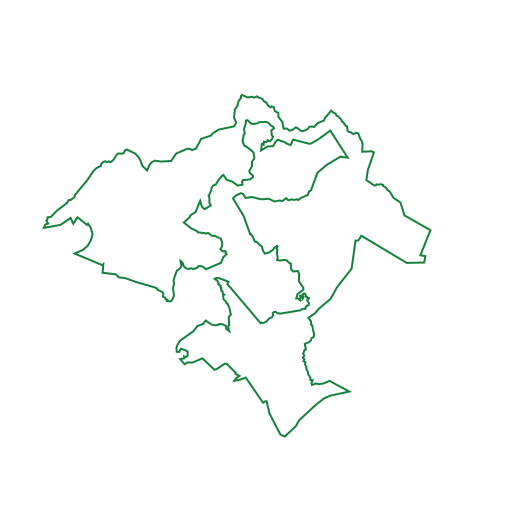 Xalpatláhuac, Guerrero, Mexico, rotated 235°
{"feature_id": "50627088B26783383987854", "entity_name": "Xalpatláhuac", "entity_type": "district", "adm_level": 2, "iso_a3": "MEX", "parent_name": "Mexico", "parent_adm1": "Guerrero", "projection": "albers", "projection_center": [-98.537, 17.429], "detail": "fine", "context": "isolated", "style": "outline", "palette": "green", "viewbox_px": 512, "rotation_deg": 235, "n_neighbors": 0, "source": "geoboundaries", "source_scale": "gbopen_adm2", "svg_char_len": 6158}
<svg xmlns="http://www.w3.org/2000/svg" viewBox="0 0 512 512"><g transform="rotate(235 256 256)"><path d="M313.3,403.9L314.7,404.4L316.8,403.5L318.4,404.1L322.9,403.5L324.6,402.5L327.0,402.8L329.3,401.5L331.9,401.1L329.5,391.6L328.0,389.4L329.5,382.6L328.3,377.7L330.5,375.5L331.2,373.4L330.3,371.2L331.2,366.2L332.6,364.7L337.6,363.1L338.5,362.2L338.4,357.9L339.4,355.4L342.8,354.4L344.4,351.6L350.6,354.5L356.9,354.1L360.5,356.3L364.0,354.5L367.8,355.9L369.6,354.6L369.4,353.3L372.1,352.2L375.5,352.4L378.1,351.3L381.0,351.4L384.8,348.7L386.1,348.5L386.8,345.4L389.0,343.8L390.5,340.2L395.9,336.9L395.6,335.2L394.1,334.5L393.1,330.9L389.5,326.7L388.1,322.7L382.1,317.5L376.7,316.3L375.0,313.1L375.1,311.7L381.0,297.7L381.3,290.9L380.5,288.2L383.4,278.2L378.4,268.5L379.4,264.4L381.3,263.5L383.3,261.2L385.7,249.4L382.5,240.9L387.9,232.3L392.1,227.8L392.6,224.5L391.7,221.1L388.5,215.9L394.8,214.6L401.0,216.2L405.0,216.4L409.4,215.7L417.3,211.3L417.6,209.2L416.2,206.5L417.1,204.2L418.8,202.3L419.0,200.4L416.5,194.3L416.3,190.7L417.9,189.7L418.4,187.5L420.1,186.9L420.6,184.7L420.3,182.2L418.8,180.7L419.5,175.5L418.9,171.7L414.7,160.7L409.8,142.6L408.5,141.6L408.1,136.8L409.2,134.6L407.8,131.3L407.4,119.4L405.7,110.7L407.2,107.3L405.9,106.5L405.2,104.6L401.8,104.3L402.6,101.7L400.7,98.3L393.6,113.7L393.5,125.9L387.2,124.8L390.1,132.0L378.4,135.4L378.8,136.9L374.5,136.9L367.6,134.7L363.6,129.8L360.9,123.9L360.3,117.5L362.1,108.8L336.6,124.9L336.8,126.2L330.2,120.7L321.4,130.7L317.1,131.4L313.1,136.0L302.5,143.6L288.3,155.1L286.0,156.3L284.9,155.9L279.9,158.8L278.0,158.3L276.0,156.4L273.9,157.7L272.3,157.1L271.1,158.3L270.2,157.1L267.8,159.9L268.2,162.1L270.6,166.1L277.6,169.7L280.3,173.2L282.4,173.8L285.4,177.0L289.3,182.6L289.4,186.7L290.5,188.8L291.4,189.8L292.7,189.9L295.3,191.4L292.7,192.0L288.9,191.0L285.6,191.8L283.9,193.5L283.4,195.5L281.1,197.4L280.0,201.5L280.7,202.7L280.2,204.2L277.6,206.4L273.9,207.4L270.5,223.3L273.8,228.6L274.4,233.0L275.7,232.7L276.7,233.8L277.7,233.6L279.0,231.3L282.1,230.7L283.2,233.5L285.6,235.6L290.1,237.2L295.9,233.9L298.0,231.3L302.2,230.1L303.3,227.5L304.6,226.9L305.2,225.3L306.5,224.6L308.4,222.2L309.9,222.0L316.3,218.6L324.8,216.1L325.8,223.7L326.9,225.7L326.7,231.8L333.2,241.9L327.6,240.0L324.0,240.6L323.2,247.9L326.7,248.5L329.9,251.0L332.4,251.6L335.5,257.2L337.1,258.3L338.3,261.1L337.7,264.2L339.5,268.3L341.2,274.6L341.0,275.8L335.2,275.7L330.6,279.2L324.0,281.6L322.2,285.9L325.0,287.4L325.7,288.6L322.2,295.0L322.3,298.8L323.6,299.7L327.1,298.5L329.4,299.2L331.9,304.2L335.3,306.6L337.2,310.9L342.3,313.3L348.0,312.0L353.7,309.7L358.1,311.0L362.3,315.5L362.8,317.0L367.0,319.1L370.8,324.0L372.7,325.4L372.0,327.1L367.6,327.7L366.1,329.0L363.7,333.6L363.9,335.1L360.1,341.1L358.0,342.6L355.0,342.8L351.5,344.4L350.2,343.9L350.2,340.7L346.1,338.3L344.0,338.4L342.6,336.1L341.9,333.3L344.2,331.9L343.3,331.1L343.4,329.8L345.1,328.3L342.8,326.1L344.4,325.8L344.5,325.0L339.5,320.7L339.1,328.3L336.2,333.0L338.4,337.5L338.7,340.5L332.6,344.9L330.7,345.5L327.0,347.9L330.0,353.2L317.2,364.2L316.6,365.6L315.8,373.7L316.1,388.8L283.9,387.5L288.9,382.3L290.1,366.2L288.9,354.0L278.3,338.8L278.4,336.4L276.3,333.4L277.8,325.8L277.6,322.7L279.1,321.8L280.1,319.4L281.9,317.8L283.1,314.4L286.0,314.0L285.9,309.3L288.1,306.9L290.0,302.4L295.6,299.3L299.4,292.8L306.6,286.6L309.5,280.8L314.2,281.0L316.2,279.6L317.0,274.7L316.4,270.2L295.7,268.8L277.1,263.7L277.0,264.4L274.1,264.4L268.4,263.3L267.1,264.7L262.8,265.3L260.8,266.3L256.5,264.8L252.9,264.6L251.5,268.1L251.3,273.5L252.1,275.4L252.2,279.0L251.3,279.0L250.6,277.3L249.1,277.1L246.1,274.6L241.9,272.7L240.6,271.0L238.7,272.7L236.5,277.0L234.8,278.7L231.9,279.1L229.8,280.2L225.3,277.2L222.0,277.5L219.7,281.7L216.0,280.8L210.7,276.6L203.0,276.6L201.2,275.4L201.0,268.1L198.1,264.7L197.6,265.7L193.2,267.1L195.9,267.1L196.5,269.9L198.9,268.8L196.8,270.6L194.3,269.8L195.0,271.0L197.5,271.9L197.8,273.6L197.3,274.4L195.5,274.4L194.5,273.4L193.0,274.3L191.8,274.1L191.3,276.0L190.5,272.6L186.8,272.2L185.5,270.9L186.0,268.8L185.5,267.1L184.3,266.2L186.0,263.8L186.0,261.4L194.8,243.0L196.9,240.7L198.7,240.3L199.9,238.5L199.6,236.9L197.6,235.9L196.7,234.1L197.3,230.9L196.4,227.2L197.0,223.4L198.4,222.2L198.4,221.2L249.5,216.5L250.7,218.7L259.1,213.0L260.8,210.5L261.0,209.0L258.0,210.1L255.2,209.9L254.5,208.9L251.7,210.0L251.1,209.1L249.7,209.3L249.2,208.4L247.0,207.6L246.3,208.2L244.0,207.3L242.5,207.8L242.5,206.4L239.5,204.7L235.1,205.2L234.3,204.7L233.5,205.3L229.7,204.7L222.4,201.8L221.6,198.6L214.9,194.5L214.4,193.0L213.1,192.1L209.8,191.0L213.3,189.8L216.0,191.2L218.9,189.7L221.1,187.3L221.5,184.7L223.2,182.2L225.8,180.0L232.0,177.8L230.7,173.6L232.3,167.9L230.3,161.7L230.2,144.9L228.0,140.3L226.3,138.1L223.0,136.1L221.5,138.0L223.1,141.4L217.4,145.2L216.5,145.1L213.3,142.4L213.7,140.2L214.9,139.5L213.3,138.6L215.0,134.8L208.2,135.4L208.2,138.6L205.1,143.0L202.9,153.4L186.6,156.7L185.9,159.3L185.7,168.7L184.5,170.2L172.0,172.3L171.2,171.6L167.2,173.7L167.3,169.4L166.2,166.7L164.1,171.2L162.3,177.9L131.8,177.6L131.6,180.5L130.9,181.4L119.2,176.7L95.7,173.6L91.6,176.0L93.8,191.1L96.7,197.1L99.9,220.5L100.3,230.4L98.9,237.1L91.4,254.7L111.5,244.6L112.9,238.0L115.3,233.5L117.2,232.1L118.2,227.9L119.9,228.4L121.8,231.1L123.1,229.5L125.1,230.8L129.4,231.0L132.0,232.3L134.3,232.3L136.2,233.6L139.1,234.0L140.5,235.5L142.6,234.6L143.6,236.5L145.9,236.0L146.7,238.4L149.1,238.7L151.2,242.0L150.8,243.2L156.0,245.6L155.0,250.0L155.5,252.9L156.8,254.2L156.6,257.0L158.7,258.7L167.0,262.2L168.0,261.6L170.9,263.7L175.3,263.4L175.2,271.1L176.8,277.8L178.1,292.5L184.0,304.6L190.8,327.1L211.5,346.3L210.2,348.3L210.3,349.7L212.2,353.9L163.9,375.5L154.2,390.0L158.7,394.7L162.3,391.0L177.1,413.7L204.1,400.9L217.0,405.0L224.8,402.0L231.9,402.5L235.1,401.5L237.6,401.7L240.5,400.3L241.4,400.8L243.5,399.1L244.1,397.3L245.6,395.8L245.1,394.4L246.1,393.3L254.9,389.9L262.3,397.0L273.2,412.0L275.5,410.7L280.5,402.8L286.2,407.2L289.4,408.5L291.8,408.5L297.7,410.1L299.4,409.0L300.1,405.5L303.0,404.6L304.4,403.2L306.3,402.9L309.9,405.0L311.2,404.0L312.3,404.4L313.3,403.9Z" fill="none" stroke="#15803d" stroke-width="2"/></g></svg>